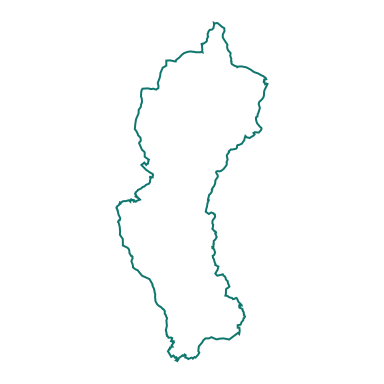 Negrilesti, Bistrita-Nasaud, Romania
{"feature_id": "2599482B55154264149060", "entity_name": "Negrilesti", "entity_type": "district", "adm_level": 2, "iso_a3": "ROU", "parent_name": "Romania", "parent_adm1": "Bistrita-Nasaud", "projection": "orthographic", "projection_center": [24.048, 47.317], "detail": "fine", "context": "isolated", "style": "outline", "palette": "teal", "viewbox_px": 384, "rotation_deg": 0, "n_neighbors": 0, "source": "geoboundaries", "source_scale": "gbopen_adm2", "svg_char_len": 6020}
<svg xmlns="http://www.w3.org/2000/svg" viewBox="0 0 384 384"><path d="M243.2,320.3L243.5,318.4L244.1,318.1L244.5,317.0L245.0,316.7L244.9,316.3L243.9,315.2L244.2,314.6L243.7,313.5L243.8,312.3L242.7,310.8L242.8,310.3L242.5,310.0L242.4,308.9L239.4,307.6L239.7,306.7L240.0,306.4L239.1,305.9L239.6,304.6L241.6,305.2L241.5,304.9L238.5,301.9L237.0,298.5L236.3,297.9L233.6,299.1L232.9,299.1L232.0,298.0L229.2,297.3L227.5,296.0L225.4,295.6L225.9,293.7L226.0,290.3L226.3,288.7L227.6,288.1L229.4,286.6L228.0,283.2L227.6,281.0L227.0,280.7L225.8,279.2L225.6,277.8L224.6,276.2L223.4,275.6L222.8,274.3L217.4,275.7L216.5,275.0L215.3,273.5L217.6,269.7L218.4,266.6L215.2,264.9L215.5,264.1L214.7,262.4L213.8,259.0L213.0,257.8L212.7,255.8L213.9,255.2L214.7,253.8L215.0,252.4L214.3,249.9L213.6,248.6L212.5,248.4L212.3,247.0L213.2,247.1L213.5,246.8L213.4,244.1L213.8,243.9L213.7,241.0L215.3,239.5L216.7,237.1L215.2,233.3L215.3,232.9L216.1,232.7L216.1,232.3L215.4,231.5L214.3,231.0L212.3,228.7L212.8,227.8L213.2,224.7L212.4,223.5L212.4,221.4L212.9,220.0L214.7,217.7L215.1,216.8L215.1,215.8L214.7,215.0L214.9,214.9L214.9,214.5L213.7,213.9L213.5,213.3L211.1,212.5L208.9,214.0L205.9,211.9L205.7,211.4L206.1,210.2L206.2,209.1L206.9,207.0L207.6,202.8L208.8,200.2L207.9,199.9L209.2,194.7L209.7,194.5L211.4,192.4L211.8,191.6L211.8,189.8L212.3,189.6L212.2,188.4L214.0,186.2L214.9,184.1L215.2,183.2L215.4,180.3L217.8,176.9L217.7,175.3L216.3,173.0L216.1,172.5L216.2,171.9L216.6,171.4L218.0,171.1L219.5,171.4L221.1,170.9L223.6,169.0L226.4,165.4L226.9,163.4L226.6,162.7L226.6,162.2L227.6,159.5L226.8,156.0L226.9,155.0L229.1,152.1L228.8,151.3L231.0,149.4L231.9,149.6L235.9,148.8L236.6,148.2L237.0,147.4L237.0,146.2L237.5,145.1L238.9,145.0L241.8,143.7L244.3,140.1L244.5,138.7L245.4,136.0L246.7,137.3L249.6,138.0L253.8,135.4L254.6,134.4L253.5,133.0L254.8,132.2L258.7,132.6L261.0,130.1L261.5,128.8L261.3,127.8L259.9,126.7L257.0,123.1L256.0,119.7L256.0,117.6L256.2,117.1L257.4,116.6L257.7,114.2L258.3,113.1L259.8,108.4L259.6,106.8L258.7,104.0L259.2,102.0L262.1,99.2L263.4,97.3L263.9,95.7L264.1,92.1L264.4,90.4L267.5,84.0L266.3,83.5L265.1,84.2L264.4,82.4L263.8,82.2L263.8,81.7L264.4,81.5L264.4,80.9L264.0,80.3L264.2,79.5L266.2,79.2L265.5,77.8L262.9,75.9L261.4,75.4L258.3,73.5L254.1,72.1L250.8,69.7L246.5,67.4L241.6,66.4L238.4,66.6L237.2,67.2L236.9,66.5L234.6,65.8L232.0,64.2L231.3,62.9L231.6,61.7L231.1,61.1L231.3,58.9L230.2,55.7L230.6,53.3L230.5,52.9L228.2,50.5L227.8,49.7L227.3,48.2L227.1,46.8L227.4,44.7L223.2,38.2L222.7,36.9L222.9,34.2L224.5,31.1L224.3,28.3L224.1,28.0L222.3,27.1L217.6,23.1L215.7,23.2L214.8,23.6L213.9,23.0L214.1,24.6L213.4,28.2L212.0,29.6L209.7,29.9L208.4,31.7L208.3,32.6L207.6,33.7L207.8,36.4L208.1,36.6L206.9,39.1L206.9,40.6L206.6,41.5L203.3,43.8L202.3,43.6L201.6,43.9L201.7,44.8L202.0,45.0L202.1,45.6L202.0,46.4L202.3,49.0L202.2,51.3L202.5,52.3L201.4,51.9L200.3,52.3L195.4,52.2L193.6,51.7L192.4,51.8L190.7,51.4L187.5,51.9L184.1,53.1L181.6,55.0L179.6,57.3L176.1,60.0L175.7,61.5L170.1,60.4L166.3,60.6L166.3,65.7L162.7,67.7L160.4,73.2L160.2,75.8L159.7,77.8L157.9,82.6L157.8,83.5L158.5,85.9L158.3,88.2L156.1,89.6L153.4,88.7L150.4,89.1L149.4,88.6L147.4,88.4L142.5,88.7L141.5,90.5L141.2,92.5L141.0,96.3L141.8,98.8L142.0,102.2L141.2,104.1L140.7,107.1L138.7,109.8L138.6,113.3L136.1,119.1L135.4,123.2L134.8,129.1L136.2,130.9L137.7,133.7L138.0,135.1L140.4,137.6L140.7,139.1L140.8,140.7L140.2,141.6L139.3,142.4L139.1,143.1L141.9,149.6L144.4,151.9L144.7,152.8L144.7,156.8L148.9,159.7L148.3,160.6L148.5,161.1L148.1,162.2L148.1,163.3L147.6,163.9L147.0,163.9L146.2,164.9L144.3,162.6L141.4,165.0L146.1,169.8L150.6,172.9L152.5,173.8L153.1,174.9L152.7,175.9L152.7,177.3L152.0,177.3L151.4,177.7L150.6,176.9L150.1,176.9L150.1,177.4L150.7,177.8L150.4,178.0L150.3,179.8L149.9,180.9L150.1,181.8L149.1,183.6L146.0,184.9L144.5,186.4L142.5,187.1L141.3,188.4L137.9,190.0L137.8,190.4L135.7,192.4L135.1,193.8L135.8,194.3L135.7,195.1L136.5,196.0L135.9,196.0L135.6,196.5L139.2,198.7L140.0,199.6L136.3,201.0L135.8,201.7L134.8,201.2L134.1,201.6L133.8,200.0L132.4,200.0L132.5,200.4L131.9,200.2L131.5,199.4L130.4,199.7L130.3,201.6L129.5,200.9L128.4,200.3L125.9,201.1L123.1,201.2L121.9,201.9L121.2,202.7L120.3,202.4L120.4,202.9L119.9,203.1L120.0,203.4L119.6,203.8L120.0,204.1L117.0,206.5L116.5,207.2L116.9,207.9L116.6,208.3L117.6,210.0L117.7,210.4L117.5,210.7L117.8,211.1L118.5,214.5L120.3,218.3L119.8,220.2L118.9,220.3L118.8,220.8L118.3,221.1L118.0,221.9L118.6,222.6L119.7,226.7L120.1,231.6L119.9,234.7L122.8,239.1L122.9,245.5L127.3,247.6L128.7,248.9L129.3,250.7L129.5,253.2L131.1,255.9L131.7,255.8L132.5,256.6L132.3,257.5L132.6,258.4L131.5,260.6L131.6,261.8L132.6,264.3L133.0,266.2L132.9,267.3L135.4,269.3L137.6,270.2L142.0,275.7L149.5,279.1L152.6,284.5L152.4,284.9L152.4,285.4L154.0,288.8L154.1,289.8L154.5,290.5L154.5,291.9L155.2,294.0L155.1,298.1L155.4,299.2L155.4,301.1L157.2,304.3L159.0,306.0L160.8,306.9L162.9,309.1L163.6,309.3L164.8,311.1L164.7,313.8L165.8,314.9L166.0,316.3L167.0,317.9L167.0,318.5L166.4,320.5L166.9,325.8L165.8,330.3L166.6,333.0L166.5,334.5L166.9,334.7L167.1,336.0L167.5,336.0L168.5,337.7L171.2,337.6L172.2,338.1L171.6,340.2L171.0,341.2L171.6,341.4L171.9,340.9L173.7,341.3L173.2,342.4L173.7,342.7L171.6,345.4L172.5,346.6L171.6,346.7L171.0,347.3L170.0,347.5L169.9,347.8L170.3,348.3L169.6,349.3L169.0,349.3L168.5,350.6L167.9,351.2L171.3,356.9L173.3,355.5L175.0,357.2L175.1,357.4L174.9,357.6L175.1,357.8L176.4,357.3L176.6,357.7L176.3,357.9L177.1,359.0L175.8,360.3L177.3,361.0L178.4,359.3L178.8,358.2L180.2,357.0L181.7,356.2L182.5,355.3L183.4,355.9L183.9,355.7L184.6,354.5L185.7,355.2L185.3,357.5L186.6,357.8L188.3,359.0L188.7,358.5L190.0,358.4L191.2,357.7L192.1,357.8L192.9,358.6L194.4,357.1L195.5,357.6L198.0,354.9L199.3,352.7L198.3,351.1L198.8,346.4L202.2,342.4L203.2,340.5L205.4,338.4L208.8,338.4L211.5,337.2L216.3,339.3L218.5,339.1L219.1,338.7L223.7,338.4L229.2,339.5L238.0,332.9L239.2,334.0L239.7,330.8L239.4,327.7L237.7,327.7L237.7,325.2L240.5,324.7L241.0,323.8L241.4,322.3L243.2,320.3Z" fill="none" stroke="#0f766e" stroke-width="2"/></svg>